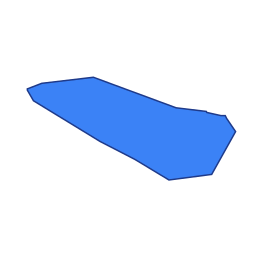 the Unitary Authority of Southend-on-Sea, rotated 191°
{"feature_id": "GBR-2679", "entity_name": "Southend-on-Sea", "entity_type": "Unitary Authority", "adm_level": 1, "iso_a3": "GBR", "parent_name": "United Kingdom", "parent_adm1": "", "projection": "orthographic", "projection_center": [0.723, 51.553], "detail": "fine", "context": "isolated", "style": "filled", "palette": "blue", "viewbox_px": 256, "rotation_deg": 191, "n_neighbors": 0, "source": "natural_earth", "source_scale": "10m", "svg_char_len": 363}
<svg xmlns="http://www.w3.org/2000/svg" viewBox="0 0 256 256"><g transform="rotate(191 128 128)"><path d="M234.3,147.2L221.2,155.4L171.7,171.2L84.7,157.0L54.3,159.2L53.6,158.3L39.2,157.9L34.9,158.7L33.0,156.2L21.7,145.0L37.0,98.4L77.9,84.8L115.3,98.5L152.7,109.4L226.0,136.7L234.0,145.9L234.3,147.2Z" fill="#3b82f6" stroke="#1e3a8a" stroke-width="1.5"/></g></svg>